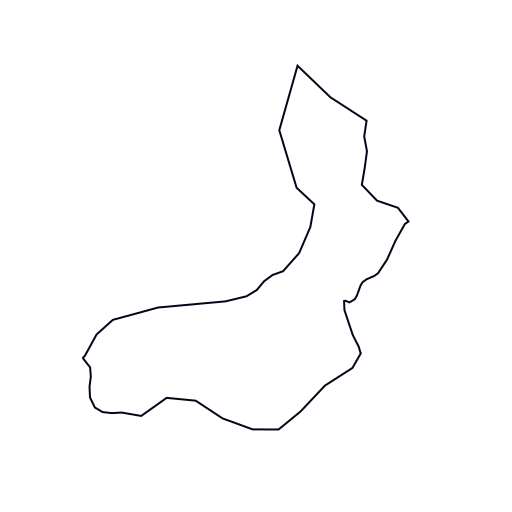 map outline of Qax (Robinson projection), rotated 197°
{"feature_id": "AZE-1726", "entity_name": "Qax", "entity_type": "District", "adm_level": 1, "iso_a3": "AZE", "parent_name": "Azerbaijan", "parent_adm1": "", "projection": "robinson", "projection_center": [46.846, 41.24], "detail": "fine", "context": "isolated", "style": "outline", "palette": "ink", "viewbox_px": 512, "rotation_deg": 197, "n_neighbors": 0, "source": "natural_earth", "source_scale": "10m", "svg_char_len": 921}
<svg xmlns="http://www.w3.org/2000/svg" viewBox="0 0 512 512"><g transform="rotate(197 256 256)"><path d="M357.1,61.9L365.8,64.0L373.4,72.2L377.0,82.4L378.7,92.4L382.1,101.0L390.6,106.9L391.7,108.0L390.4,110.7L385.5,134.4L374.2,153.1L334.6,178.1L291.5,195.7L271.9,203.7L253.3,214.7L245.3,223.7L240.8,234.4L234.5,242.8L225.7,249.3L215.6,271.4L212.5,299.5L215.3,322.5L237.1,333.1L270.5,383.1L271.9,450.1L231.2,429.5L189.8,417.7L187.5,402.0L180.5,388.6L177.7,371.4L175.6,355.0L156.4,344.3L134.4,343.6L120.3,333.6L123.0,330.1L127.1,311.2L129.6,291.0L134.3,275.1L137.1,271.5L143.5,266.0L146.4,262.2L147.4,258.3L147.9,248.0L148.9,243.5L153.1,238.9L157.1,239.4L158.6,238.7L155.6,230.1L140.4,208.8L131.1,199.1L127.9,194.1L127.3,193.7L131.0,177.2L152.2,152.2L167.9,120.4L183.7,96.7L208.5,89.2L240.4,90.9L271.4,100.0L300.0,94.2L319.0,69.5L338.7,67.0L347.9,63.6L357.1,61.9Z" fill="none" stroke="#020617" stroke-width="2"/></g></svg>